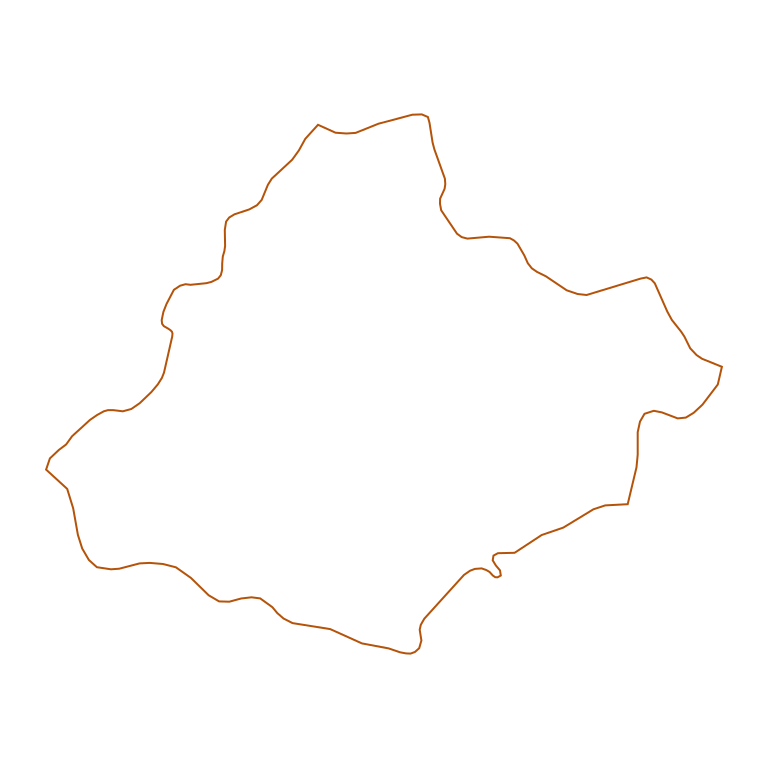 the Province of Relizane
{"feature_id": "DZA-2203", "entity_name": "Relizane", "entity_type": "Province", "adm_level": 1, "iso_a3": "DZA", "parent_name": "Algeria", "parent_adm1": "", "projection": "orthographic", "projection_center": [0.791, 35.819], "detail": "fine", "context": "isolated", "style": "outline", "palette": "amber", "viewbox_px": 768, "rotation_deg": 0, "n_neighbors": 0, "source": "natural_earth", "source_scale": "10m", "svg_char_len": 2094}
<svg xmlns="http://www.w3.org/2000/svg" viewBox="0 0 768 768"><path d="M721.9,366.8L717.8,384.5L702.5,404.6L693.7,412.8L685.8,417.6L677.7,418.4L661.9,412.4L653.8,410.8L644.5,413.8L640.0,421.6L637.7,432.2L637.7,454.7L636.5,467.3L627.7,504.2L605.2,505.4L593.4,509.3L563.3,527.6L541.7,535.0L514.6,552.8L497.9,553.2L493.5,555.6L492.7,560.3L495.8,565.4L500.0,570.4L500.8,575.5L497.6,577.3L495.2,577.2L492.8,575.5L489.5,571.9L486.2,570.0L481.6,568.4L474.9,568.9L470.1,570.7L464.0,574.9L424.3,618.7L420.8,624.8L419.7,629.7L421.4,640.5L419.2,648.2L414.9,652.0L410.5,653.6L406.0,653.4L400.1,652.3L388.6,648.4L361.9,643.4L330.2,629.1L292.5,623.1L283.5,618.5L277.3,613.1L272.4,607.2L260.2,598.4L251.5,597.3L241.1,598.5L229.3,601.7L219.1,601.4L208.7,595.3L190.9,577.9L175.9,567.3L163.0,564.0L149.7,562.9L139.6,563.4L119.3,568.7L111.0,569.3L96.9,567.2L88.9,560.0L82.2,548.5L77.9,534.9L73.2,508.4L67.2,488.9L46.1,469.6L49.9,458.4L59.0,449.8L66.1,444.5L72.1,436.2L90.0,419.9L97.1,415.0L103.8,411.3L108.1,410.1L113.0,410.1L122.8,411.3L131.3,409.0L139.7,403.2L151.4,392.0L157.8,384.4L161.9,377.9L164.0,372.6L172.2,336.6L172.5,333.7L172.0,331.8L170.6,330.3L168.3,328.7L163.8,326.1L162.1,323.8L161.7,320.1L163.4,311.9L166.5,304.0L173.9,289.8L180.1,285.7L185.5,284.2L190.5,284.8L206.3,283.2L211.4,281.9L218.1,278.6L220.8,275.2L222.1,270.1L222.2,263.5L222.8,256.5L224.4,251.0L225.1,246.0L224.8,229.9L226.1,221.6L229.2,217.5L234.5,214.3L249.3,209.4L257.0,205.2L261.7,199.9L267.9,184.8L271.8,178.6L292.2,159.7L298.9,150.4L305.3,138.8L318.0,124.8L335.5,132.7L346.4,133.5L355.6,132.9L378.5,123.7L412.4,114.7L421.8,114.4L427.9,117.0L429.5,122.8L432.6,142.6L434.4,149.4L444.9,178.7L445.3,184.1L444.6,188.8L440.1,198.7L440.0,203.8L441.2,210.3L457.0,233.7L461.7,237.1L467.4,238.6L489.1,236.7L509.9,238.2L513.9,240.4L517.5,243.7L524.3,255.4L527.8,263.2L531.8,268.3L537.0,271.9L545.9,276.3L566.7,290.3L577.6,294.0L586.6,295.0L640.6,278.6L646.6,277.4L651.4,279.6L654.8,283.3L667.3,311.6L671.9,320.0L681.1,331.6L684.4,336.6L690.2,348.3L696.6,355.1L702.1,358.8L721.9,366.8Z" fill="none" stroke="#b45309" stroke-width="2"/></svg>